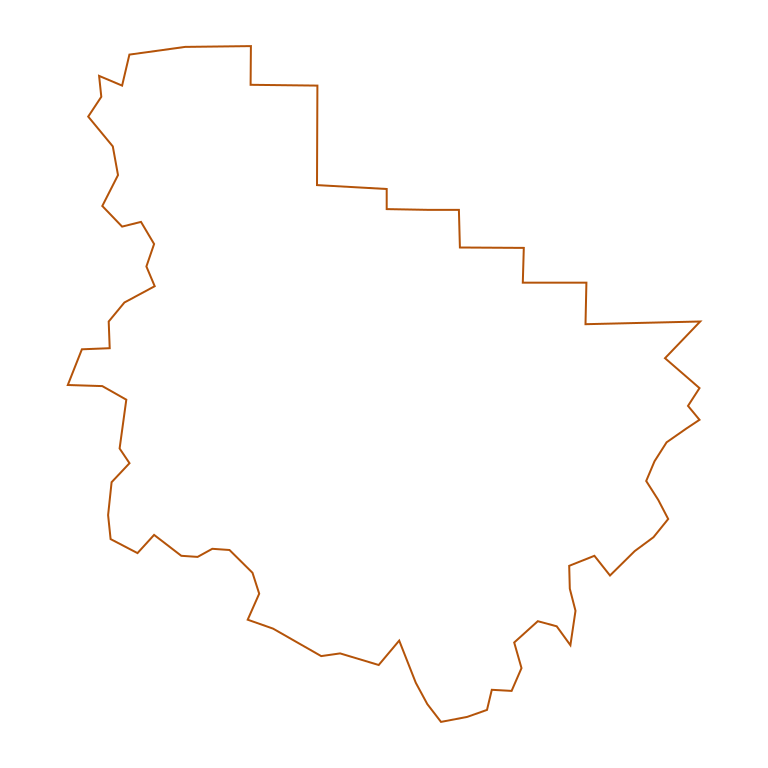 São Domingos do Sul, Rio Grande do Sul, Brazil
{"feature_id": "56859067B37550395927490", "entity_name": "São Domingos do Sul", "entity_type": "district", "adm_level": 2, "iso_a3": "BRA", "parent_name": "Brazil", "parent_adm1": "Rio Grande do Sul", "projection": "natural_earth1", "projection_center": [-51.868, -28.537], "detail": "fine", "context": "isolated", "style": "outline", "palette": "amber", "viewbox_px": 768, "rotation_deg": 0, "n_neighbors": 0, "source": "geoboundaries", "source_scale": "gbopen_adm2", "svg_char_len": 1123}
<svg xmlns="http://www.w3.org/2000/svg" viewBox="0 0 768 768"><path d="M441.0,721.9L467.2,716.9L487.0,709.9L491.8,689.8L511.6,690.9L521.5,668.1L514.2,642.5L537.8,621.2L556.7,626.3L570.4,645.2L575.5,610.8L569.8,588.7L569.2,565.8L594.4,555.8L610.0,575.5L634.7,551.1L653.5,537.2L668.2,519.0L658.3,500.0L646.2,481.0L654.5,461.3L666.6,442.3L686.1,428.7L699.5,419.8L688.0,405.9L699.5,388.1L665.0,358.2L700.2,321.5L585.5,324.2L586.4,282.7L522.8,282.7L523.8,247.9L459.9,247.5L458.9,209.9L430.2,209.9L386.7,209.1L386.7,189.0L317.0,185.1L317.4,85.6L250.6,84.8L250.9,46.1L185.1,46.9L129.4,54.6L122.1,85.6L99.1,75.9L101.3,96.8L88.2,116.6L112.8,146.4L118.0,175.1L102.3,206.0L122.1,226.6L141.0,221.9L154.1,244.0L146.4,266.5L154.7,286.2L124.4,302.5L108.7,321.5L109.7,348.2L81.9,349.3L67.8,385.0L102.3,386.1L126.3,399.7L119.6,448.5L129.5,463.2L111.6,482.2L108.1,515.1L110.6,539.1L137.5,553.1L154.1,534.9L181.3,555.8L197.6,556.9L212.3,548.8L229.5,550.0L252.5,572.8L259.2,593.7L247.7,619.7L273.0,628.6L321.2,656.1L340.1,653.4L378.7,665.0L399.2,640.6L415.8,682.8L427.3,704.1L441.0,721.9Z" fill="none" stroke="#b45309" stroke-width="2"/></svg>